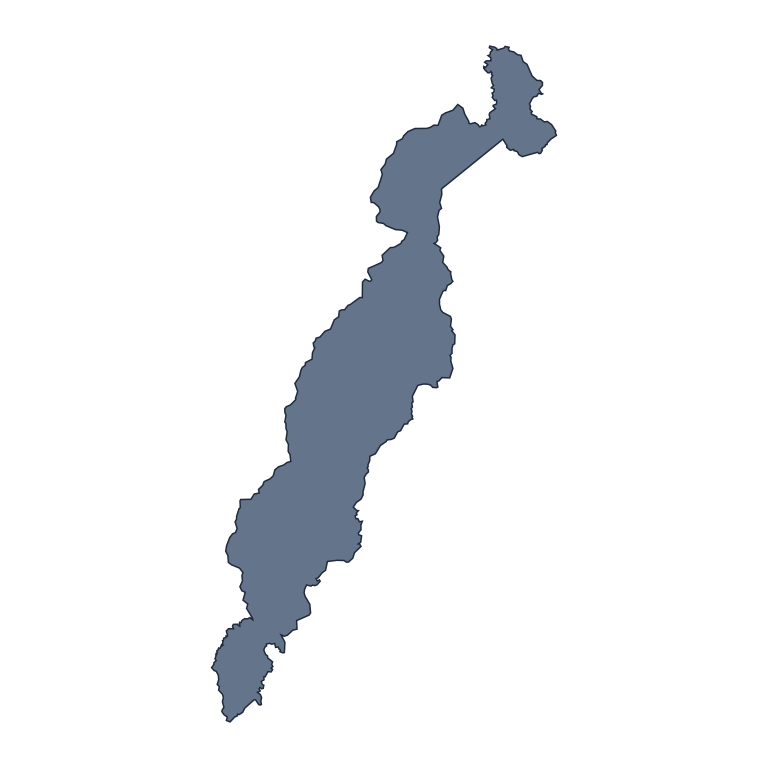 the district of Teorama, Norte de Santander, Colombia
{"feature_id": "7082276B38424478664085", "entity_name": "Teorama", "entity_type": "district", "adm_level": 2, "iso_a3": "COL", "parent_name": "Colombia", "parent_adm1": "Norte de Santander", "projection": "orthographic", "projection_center": [-73.14, 8.758], "detail": "fine", "context": "isolated", "style": "filled", "palette": "slate", "viewbox_px": 768, "rotation_deg": 0, "n_neighbors": 0, "source": "geoboundaries", "source_scale": "gbopen_adm2", "svg_char_len": 6076}
<svg xmlns="http://www.w3.org/2000/svg" viewBox="0 0 768 768"><path d="M218.6,690.1L222.4,694.2L223.4,697.6L222.4,701.5L223.9,707.4L222.2,709.9L221.9,711.6L223.9,714.6L227.3,717.1L226.4,720.5L230.1,721.9L234.7,717.0L237.3,715.9L237.5,714.2L239.2,714.6L242.7,712.3L244.7,708.2L254.0,699.9L255.5,699.8L258.7,704.6L260.5,705.0L261.4,704.4L260.8,701.1L261.6,697.6L260.3,694.4L257.5,692.4L260.2,691.0L259.1,688.6L260.0,687.4L261.7,688.8L263.2,688.4L263.8,685.2L262.4,684.6L261.2,681.5L264.0,679.8L263.9,676.7L265.2,676.7L267.9,671.7L271.2,671.9L272.6,669.5L271.1,668.0L272.9,666.6L271.7,664.3L272.6,661.9L267.7,657.9L267.5,655.9L265.4,654.2L263.8,650.0L265.0,646.9L266.5,646.0L266.4,644.1L269.6,643.3L271.7,644.2L274.7,643.5L275.6,647.4L278.2,647.0L278.9,648.8L280.5,650.0L279.9,651.7L283.0,652.9L284.4,652.5L284.9,642.3L281.0,634.8L284.1,636.3L287.4,635.2L292.8,630.2L297.0,629.2L296.6,620.6L309.1,615.1L310.6,612.9L309.8,604.3L305.1,596.3L304.1,592.8L304.6,589.2L306.6,585.0L311.0,586.1L312.5,585.1L314.9,585.6L317.0,584.8L320.2,581.2L319.4,579.9L317.2,580.9L316.1,578.6L318.3,577.7L322.0,572.9L325.6,570.2L327.4,561.5L337.0,560.3L344.0,560.5L346.3,562.1L348.6,562.0L352.8,558.2L354.5,552.7L361.0,546.4L359.7,544.1L358.3,543.9L360.7,542.2L361.6,535.8L358.7,534.7L358.4,533.0L361.0,529.7L360.9,525.0L362.3,521.2L359.4,521.8L357.9,518.6L356.0,518.8L355.1,515.8L357.0,514.8L356.4,512.8L358.4,510.7L356.6,510.4L353.3,507.1L356.4,502.4L361.0,499.2L363.1,494.9L363.0,491.8L365.1,483.5L364.2,477.4L366.2,474.0L368.4,472.0L368.4,470.1L367.2,467.8L368.1,466.8L368.0,464.7L369.7,460.8L369.8,456.3L375.4,453.8L380.4,445.5L386.2,441.5L387.1,439.9L391.4,439.4L394.4,438.0L397.6,431.9L400.6,430.7L404.1,424.2L407.7,423.8L408.1,422.0L410.7,419.6L412.8,419.0L412.0,417.1L412.6,416.2L411.4,414.1L412.0,411.2L411.2,408.7L412.4,407.1L411.7,403.1L413.1,401.8L412.3,396.4L417.8,385.4L423.4,384.0L427.8,384.2L430.8,385.2L432.7,387.4L436.3,387.7L437.8,387.2L437.0,381.4L438.9,380.9L441.9,377.6L449.7,377.9L452.9,368.5L450.8,361.0L451.1,357.2L449.9,355.5L452.0,353.3L452.0,348.5L453.0,344.8L454.7,343.8L455.0,334.8L451.7,330.9L453.0,329.7L450.5,326.3L451.4,319.2L450.4,316.4L442.9,312.5L440.8,309.9L439.5,304.3L439.5,299.2L442.6,291.9L443.8,290.5L445.7,290.6L447.3,285.6L450.8,283.6L452.9,281.3L451.8,279.6L450.5,273.1L450.9,271.9L448.2,269.8L446.9,267.0L442.7,262.4L443.8,256.1L439.9,250.4L440.7,247.8L434.1,243.4L435.7,242.8L437.6,240.4L437.2,236.9L438.8,234.4L439.4,226.7L437.5,217.0L439.1,210.3L441.5,208.4L439.7,202.5L441.8,194.5L441.5,188.9L502.9,139.2L506.8,145.4L506.7,147.3L510.3,150.3L513.6,149.4L513.8,150.5L517.5,151.8L518.9,154.7L522.3,156.6L537.5,152.3L539.1,153.6L540.6,153.3L542.3,150.4L541.9,148.6L545.1,146.4L545.6,144.7L547.0,144.6L547.4,142.8L550.9,139.1L556.4,135.4L555.2,132.2L555.8,131.1L551.6,124.6L547.4,121.5L544.2,121.9L540.5,119.0L537.0,118.8L536.8,116.7L531.5,114.1L531.2,112.9L532.2,111.6L529.9,109.0L530.5,106.3L529.5,103.9L532.1,98.8L533.7,96.9L536.8,96.2L538.5,93.3L541.7,94.4L542.6,93.9L541.4,93.3L539.0,89.6L542.4,85.4L542.5,82.5L540.6,80.6L536.9,80.4L532.1,76.0L527.0,64.3L523.2,61.7L521.0,55.3L517.4,54.7L514.0,52.0L509.8,51.0L508.3,49.1L509.1,47.3L505.2,46.4L504.0,48.0L497.0,50.1L496.8,48.6L495.0,47.3L489.8,46.1L489.3,47.7L492.6,49.8L490.4,52.1L490.1,54.7L488.0,55.6L490.8,57.7L490.9,60.8L486.3,60.8L484.6,62.3L487.8,64.5L485.4,67.5L483.8,66.5L483.6,67.9L485.1,70.1L487.9,72.8L489.7,72.8L490.9,71.4L491.9,72.7L491.5,74.5L492.6,75.5L491.1,78.1L492.3,83.6L493.6,85.4L491.3,87.8L494.4,89.3L493.6,92.2L492.1,93.0L493.0,95.7L492.2,97.3L494.7,100.5L496.4,100.2L496.7,102.5L496.2,104.2L493.2,105.3L493.2,106.4L495.4,108.7L489.9,112.7L489.2,114.4L489.9,118.7L486.8,119.6L486.7,121.5L485.2,123.2L485.9,124.8L483.0,125.8L481.8,125.0L480.6,126.6L479.4,126.7L477.9,124.5L474.9,122.6L470.7,123.8L468.7,123.1L468.8,121.4L464.8,114.3L462.9,108.2L457.8,104.5L452.8,110.3L445.3,113.0L441.7,115.3L438.0,125.4L433.9,125.1L430.1,127.5L426.6,128.4L415.0,128.5L407.9,131.6L403.7,135.8L402.4,138.7L396.7,141.7L396.6,144.6L393.5,153.3L386.4,159.2L385.2,164.1L380.9,169.6L382.3,174.4L378.1,187.6L374.2,190.8L370.4,197.2L371.2,202.4L373.9,202.7L378.4,206.6L379.8,209.1L380.1,211.8L376.4,216.5L376.5,221.1L378.0,222.5L383.5,223.4L386.0,225.7L395.5,229.6L402.1,230.2L407.4,232.6L404.2,239.6L401.7,241.3L401.0,243.4L394.1,247.3L390.3,247.6L382.1,255.3L383.0,260.6L381.3,262.6L368.3,268.4L367.8,271.9L371.7,279.7L370.6,281.2L369.4,281.3L365.1,279.2L362.5,282.1L362.3,297.6L359.8,297.5L349.9,304.8L348.0,305.3L344.6,309.8L341.5,309.9L339.3,311.0L338.6,316.8L334.3,319.8L330.5,329.0L324.9,331.3L320.0,337.0L316.1,338.2L315.3,341.0L313.2,343.0L313.9,346.9L314.8,347.8L312.5,352.6L312.0,359.2L305.5,362.5L305.1,365.4L302.4,367.4L301.0,370.0L299.4,376.8L294.9,383.4L297.7,391.5L295.5,398.2L295.8,399.6L290.3,405.0L286.3,406.7L284.8,408.6L284.9,412.5L286.0,415.2L284.8,422.1L285.9,423.4L286.0,428.5L287.2,431.7L286.0,439.7L288.4,444.3L288.2,451.5L290.0,454.6L290.8,461.4L287.0,462.5L283.7,465.0L278.5,466.8L274.9,469.8L273.3,475.7L270.3,478.7L264.1,481.6L262.7,485.4L258.5,489.4L259.2,493.0L254.3,494.0L250.9,499.3L240.7,499.5L240.0,500.9L240.3,507.6L239.0,508.7L236.6,516.4L236.6,519.1L235.1,521.8L237.1,528.6L235.5,532.6L232.6,533.8L229.7,537.6L226.6,545.7L225.7,551.3L227.9,555.5L228.4,562.5L231.7,564.9L239.5,568.1L242.9,572.5L241.9,575.8L242.5,580.8L239.9,586.7L241.8,590.7L245.2,592.3L243.0,600.2L247.8,604.0L246.6,608.4L252.6,618.3L252.8,619.9L250.0,617.6L247.7,618.8L244.6,618.7L241.9,620.5L241.1,622.5L239.6,622.3L239.8,626.2L238.0,625.2L237.9,624.2L233.3,624.4L232.5,626.3L233.5,628.7L228.5,628.7L226.3,631.0L227.6,635.8L227.2,636.5L226.0,636.0L225.9,637.5L223.8,638.1L223.5,640.1L222.5,640.7L223.0,642.0L222.2,644.3L223.1,645.0L221.9,645.9L221.4,645.2L220.2,648.1L218.8,648.4L219.1,647.5L218.4,648.3L218.7,649.1L216.8,650.9L217.3,652.7L216.2,653.3L216.9,654.1L215.7,654.9L216.1,655.8L215.0,658.8L216.2,660.5L214.0,662.6L213.8,664.5L211.6,667.7L214.1,670.5L216.3,671.4L218.3,675.2L218.7,679.8L217.2,684.4L219.3,686.7L218.6,690.1Z" fill="#64748b" stroke="#1e293b" stroke-width="1.5"/></svg>